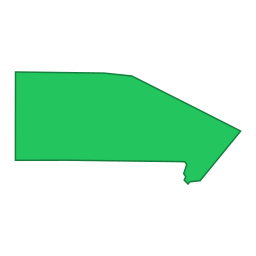 Bandera, Texas, United States of America
{"feature_id": "52423323B80467523610206", "entity_name": "Bandera", "entity_type": "district", "adm_level": 2, "iso_a3": "USA", "parent_name": "United States of America", "parent_adm1": "Texas", "projection": "mercator", "projection_center": [-99.108, 29.73], "detail": "fine", "context": "isolated", "style": "filled", "palette": "green", "viewbox_px": 256, "rotation_deg": 0, "n_neighbors": 0, "source": "geoboundaries", "source_scale": "gbopen_adm2", "svg_char_len": 340}
<svg xmlns="http://www.w3.org/2000/svg" viewBox="0 0 256 256"><path d="M15.5,72.0L15.4,160.3L67.6,160.2L180.1,161.6L185.0,161.8L186.7,164.7L183.7,173.7L185.8,176.6L184.2,180.1L188.0,184.0L189.8,181.8L200.1,180.7L233.1,140.3L240.6,131.1L202.7,111.8L131.8,76.0L104.0,73.1L15.5,72.0Z" fill="#22c55e" stroke="#15803d" stroke-width="1.5"/></svg>